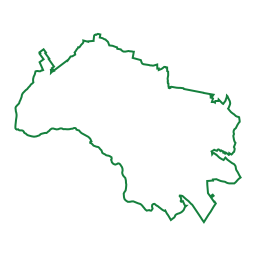 outline of Cerro Azul, Veracruz, Mexico
{"feature_id": "50627088B61816246956144", "entity_name": "Cerro Azul", "entity_type": "district", "adm_level": 2, "iso_a3": "MEX", "parent_name": "Mexico", "parent_adm1": "Veracruz", "projection": "mercator", "projection_center": [-97.762, 21.185], "detail": "fine", "context": "isolated", "style": "outline", "palette": "green", "viewbox_px": 256, "rotation_deg": 0, "n_neighbors": 0, "source": "geoboundaries", "source_scale": "gbopen_adm2", "svg_char_len": 5780}
<svg xmlns="http://www.w3.org/2000/svg" viewBox="0 0 256 256"><path d="M226.9,95.7L226.8,96.9L226.6,97.3L226.3,98.6L225.9,99.1L225.6,100.6L224.8,101.7L223.2,103.9L222.6,103.6L218.6,99.5L218.4,101.0L215.4,101.0L215.1,102.1L214.8,102.1L214.8,102.5L214.2,102.1L211.9,102.0L213.0,98.5L211.7,97.8L210.7,97.6L210.7,96.2L210.6,95.8L212.0,96.0L212.5,96.2L213.5,94.7L206.8,93.5L203.4,92.9L203.2,92.8L203.2,92.7L201.6,92.4L184.0,89.0L183.8,88.9L183.6,88.4L183.2,88.2L180.5,87.9L179.1,87.9L176.5,87.7L171.4,86.8L170.0,87.1L170.3,87.9L169.6,88.2L168.8,87.9L168.8,87.3L168.5,86.5L168.4,84.3L168.4,83.5L167.9,83.3L167.7,81.6L168.0,81.0L167.8,80.4L167.6,78.5L168.2,75.2L168.1,71.6L167.2,71.1L167.1,67.5L165.9,67.5L165.7,67.0L164.2,66.9L163.1,67.8L161.6,68.9L158.8,70.0L158.8,68.5L157.3,68.6L157.2,64.5L153.5,65.6L152.3,65.6L151.2,65.4L150.1,65.4L148.9,65.0L143.4,64.2L142.3,63.6L141.7,62.7L140.8,60.1L132.7,57.9L133.8,51.8L133.4,51.8L132.6,51.6L131.5,51.4L129.8,51.3L128.6,51.0L125.4,51.6L124.3,51.6L123.7,51.6L122.7,51.2L121.8,50.5L121.1,49.9L120.8,49.4L117.3,48.8L117.1,47.4L115.5,46.9L112.6,45.8L109.3,45.4L108.5,43.3L108.2,42.4L107.8,41.7L106.0,40.1L105.5,39.5L104.3,39.2L102.6,38.2L99.8,37.5L100.3,34.5L99.7,34.4L99.4,34.2L99.0,34.2L97.9,33.9L96.0,34.9L95.7,34.8L95.6,34.6L94.6,35.0L94.1,35.8L93.6,40.1L93.6,40.9L87.4,41.4L87.5,41.6L83.3,40.5L83.4,41.9L83.2,42.5L82.8,43.2L81.1,44.9L80.8,45.4L79.4,47.3L78.2,47.2L77.7,48.4L76.7,49.4L76.0,50.7L74.6,52.5L74.9,53.1L75.1,53.8L75.2,54.6L72.3,56.3L70.6,56.5L69.3,58.4L67.8,60.4L67.7,60.1L53.8,70.6L54.0,70.9L52.2,71.6L51.0,72.8L51.1,71.1L50.9,69.8L52.8,69.2L52.0,68.1L54.0,66.6L48.7,59.1L49.3,58.7L45.2,53.2L46.0,52.6L43.6,49.3L39.5,52.3L40.3,53.3L39.6,53.8L43.6,59.3L39.6,62.2L43.1,70.1L42.4,70.4L41.5,70.4L40.5,71.2L39.1,71.3L37.8,71.0L36.4,71.1L35.5,71.4L34.9,74.0L34.4,75.3L33.7,76.6L33.1,79.1L33.1,81.2L33.4,82.3L32.6,83.2L30.9,84.5L29.8,86.1L28.5,87.4L27.2,89.1L25.7,90.2L22.7,93.3L21.9,95.0L21.6,96.9L20.4,100.0L19.6,101.6L19.1,103.3L18.6,103.9L17.1,105.4L15.9,106.8L15.5,108.0L15.9,111.5L16.3,112.8L16.6,114.9L16.5,116.8L16.0,120.1L15.7,123.2L15.5,124.9L15.4,126.6L15.4,128.1L15.9,129.0L16.9,129.6L18.1,129.3L18.7,129.9L19.3,130.3L20.6,130.4L21.9,130.4L22.8,130.7L23.8,131.6L24.0,132.5L24.7,133.1L25.8,133.6L26.8,134.6L28.0,135.3L31.6,136.3L34.0,136.7L36.3,136.4L39.5,135.3L40.5,134.2L41.8,133.7L45.1,132.9L46.4,133.0L47.3,132.4L48.2,131.5L49.3,130.8L49.9,129.9L50.8,129.2L52.0,128.5L53.4,128.5L54.5,128.9L56.6,129.4L58.3,129.2L59.7,128.6L60.8,128.4L62.0,128.5L63.3,129.2L64.1,129.1L65.1,129.1L67.3,129.3L69.4,129.2L71.1,128.8L72.6,128.7L73.8,128.1L74.8,128.0L75.6,128.2L76.1,128.8L76.5,129.7L79.1,130.5L80.2,131.9L81.5,133.1L88.4,136.9L90.2,138.7L91.4,141.3L90.7,141.5L90.2,142.1L90.3,143.0L91.4,143.4L92.5,144.4L93.5,145.6L96.4,146.7L98.1,147.0L99.0,147.6L100.2,149.1L101.5,150.4L102.3,152.8L103.4,153.6L104.9,154.3L106.1,155.2L107.2,155.5L108.6,155.7L110.0,156.3L111.5,157.3L111.7,158.9L111.1,159.8L111.6,161.0L111.9,162.3L113.4,163.9L115.2,164.6L116.8,164.1L117.7,163.5L118.8,163.4L120.1,164.3L122.0,167.2L122.5,168.8L122.6,170.6L122.3,172.0L122.2,172.9L122.5,174.1L123.1,175.5L124.2,176.8L125.3,178.0L125.9,180.6L126.0,182.9L126.3,184.6L126.2,186.1L126.0,188.1L125.6,190.5L124.5,192.0L123.7,193.6L124.0,197.2L124.5,199.0L125.5,200.2L126.4,200.9L127.8,201.8L129.9,201.8L131.9,201.4L133.4,201.4L137.8,203.2L140.3,204.0L141.2,204.6L142.5,205.9L142.7,206.3L144.0,207.8L145.3,209.5L146.7,210.6L149.3,210.1L150.2,210.6L151.3,210.6L152.6,208.7L152.1,206.9L152.0,206.2L152.3,204.8L153.4,204.0L154.5,203.9L155.2,204.4L155.7,204.9L156.7,205.7L157.3,205.8L158.6,206.8L158.8,207.1L159.2,207.3L162.5,209.9L164.4,210.9L165.2,210.4L167.0,213.8L167.4,214.2L168.4,215.7L170.9,220.0L173.2,218.2L174.1,217.6L174.9,216.5L175.2,215.4L176.4,214.3L178.1,213.6L179.5,213.2L181.4,212.2L182.7,211.1L183.8,209.8L184.9,207.1L186.0,206.1L186.3,205.8L185.1,205.8L184.2,204.1L182.9,201.1L182.6,201.2L182.1,201.2L181.9,201.4L181.7,201.7L181.3,201.8L180.8,201.4L180.7,201.0L180.8,200.6L181.3,199.4L181.3,199.1L181.0,198.6L180.8,197.4L179.7,196.2L179.8,195.6L180.9,195.6L182.5,196.0L186.3,199.4L188.5,201.1L190.9,203.7L192.2,204.7L198.2,213.6L201.2,218.1L201.8,219.1L203.9,222.1L208.4,214.9L210.7,211.6L213.6,206.7L215.8,203.5L214.6,201.7L214.2,202.0L211.2,197.7L213.6,195.8L212.7,194.7L210.3,196.4L208.0,193.2L207.3,184.8L207.2,181.0L210.0,180.8L211.6,180.6L213.0,180.6L212.9,179.5L216.4,179.2L217.3,179.6L220.7,181.0L222.6,181.4L224.6,181.7L225.3,181.9L226.4,182.6L227.7,183.1L229.3,183.4L234.3,183.4L235.8,182.1L238.0,179.6L239.2,178.5L240.6,177.5L239.3,175.3L237.7,172.1L236.5,170.3L236.2,169.7L235.9,168.4L235.6,166.4L235.3,165.8L234.3,164.4L233.8,164.0L232.2,163.2L228.1,160.2L227.5,159.8L227.1,159.4L226.1,158.3L225.4,157.6L223.6,160.0L221.8,159.1L219.6,157.8L218.1,156.4L216.5,154.8L216.4,154.9L213.8,153.0L212.8,153.5L212.2,154.3L211.9,151.9L211.6,151.4L214.0,150.0L214.2,149.8L215.3,150.3L216.9,150.8L217.1,150.3L218.2,149.4L218.7,149.5L219.1,149.7L219.7,150.5L220.5,151.0L220.7,150.4L221.0,150.3L221.9,150.9L223.4,151.5L223.5,152.2L223.3,152.6L223.6,152.7L224.5,152.2L224.9,152.3L224.7,153.4L225.2,153.7L225.4,153.6L226.2,152.9L227.0,153.5L227.7,153.8L228.0,154.2L228.8,154.9L229.2,154.7L229.3,153.2L230.0,153.7L230.3,153.8L231.5,154.5L232.5,153.5L233.1,152.5L234.1,151.8L234.6,149.6L234.7,148.7L233.9,147.0L234.5,145.6L235.5,142.9L234.6,141.7L234.0,139.8L233.3,135.9L234.0,134.0L233.6,132.6L233.6,131.1L234.3,129.4L235.8,128.2L237.6,124.6L239.0,122.5L239.7,121.8L239.6,120.4L239.1,117.2L238.0,116.8L237.3,116.7L235.8,116.0L235.3,115.5L234.0,114.3L233.8,114.1L233.2,113.8L231.1,112.2L229.7,110.6L228.1,108.6L228.7,107.7L230.0,104.4L230.2,103.2L229.8,101.2L228.3,98.2L227.8,97.0L227.5,96.3L226.9,95.7Z" fill="none" stroke="#15803d" stroke-width="2"/></svg>